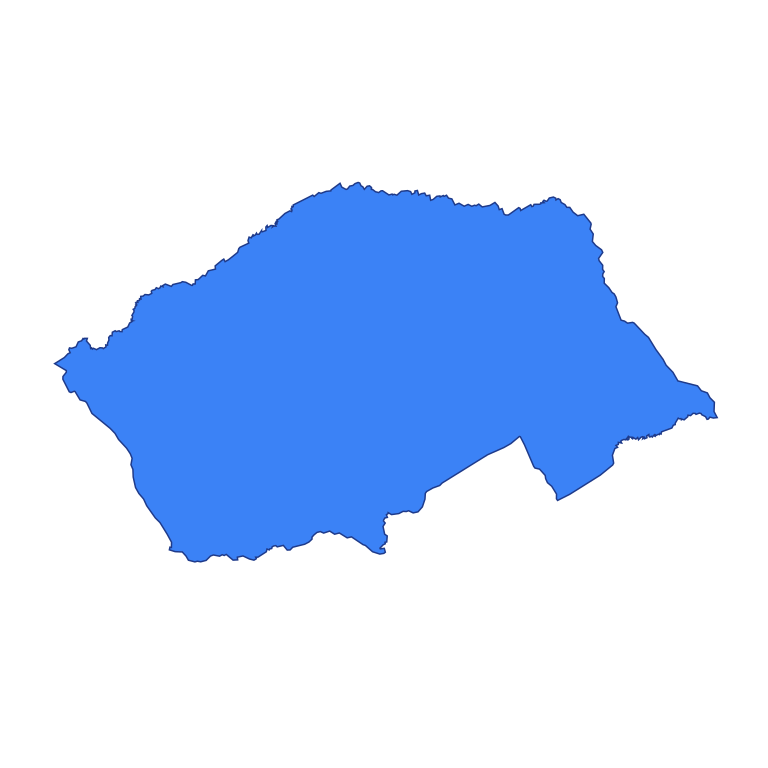 the district of Chai Buri, Surat Thani, Thailand, rotated 149°
{"feature_id": "78962969B57683949209589", "entity_name": "Chai Buri", "entity_type": "district", "adm_level": 2, "iso_a3": "THA", "parent_name": "Thailand", "parent_adm1": "Surat Thani", "projection": "orthographic", "projection_center": [99.067, 8.459], "detail": "fine", "context": "isolated", "style": "filled", "palette": "blue", "viewbox_px": 768, "rotation_deg": 149, "n_neighbors": 0, "source": "geoboundaries", "source_scale": "gbopen_adm2", "svg_char_len": 6171}
<svg xmlns="http://www.w3.org/2000/svg" viewBox="0 0 768 768"><g transform="rotate(149 384 384)"><path d="M655.8,571.1L649.4,559.1L650.3,557.7L655.3,555.8L656.8,553.5L657.8,539.4L656.7,537.9L653.2,537.3L652.7,536.6L652.7,526.9L648.9,522.8L648.5,520.6L649.5,509.2L641.6,487.1L640.0,480.2L640.1,473.1L637.7,461.6L637.4,454.9L638.2,450.0L642.5,445.1L643.2,440.1L646.9,433.4L650.3,423.2L650.5,416.4L649.3,409.2L650.1,401.9L649.0,387.0L647.4,380.7L647.2,366.9L647.6,357.8L650.4,353.4L651.5,354.4L653.4,352.4L649.4,347.9L643.4,343.9L642.3,338.4L642.4,333.7L637.7,328.9L635.2,328.2L632.7,326.0L627.3,324.4L621.3,325.9L618.3,325.3L613.6,321.1L610.6,321.0L609.3,319.3L607.0,319.2L604.1,310.8L600.0,308.6L598.9,311.1L593.4,309.2L589.4,303.2L586.2,300.0L583.9,299.9L583.2,300.3L583.2,301.6L581.2,300.5L571.3,300.8L569.3,302.8L567.8,300.9L566.9,301.5L565.0,300.8L563.8,302.0L562.1,302.0L560.0,301.2L559.4,299.4L553.4,297.5L552.5,291.5L549.9,290.1L546.3,291.1L534.5,287.5L529.7,287.2L525.6,288.1L524.6,289.8L521.8,290.7L517.9,291.3L514.6,290.3L512.5,287.3L506.3,285.9L503.7,280.7L499.0,279.3L494.8,271.1L490.6,269.7L484.7,257.1L483.1,255.2L480.2,246.1L475.2,240.4L471.4,238.9L469.5,239.1L468.4,243.0L472.1,244.6L472.0,245.4L467.5,246.6L465.2,246.4L464.7,247.8L463.0,247.2L459.5,252.1L460.8,254.9L458.2,262.4L454.6,264.2L455.0,266.9L454.2,267.7L452.2,268.7L449.8,267.9L449.3,270.7L447.3,270.8L446.7,271.6L444.8,268.2L438.0,265.3L433.2,265.0L430.6,263.2L428.2,262.7L425.4,258.5L420.7,256.9L414.4,258.9L408.2,264.2L404.9,269.0L402.8,269.9L395.6,269.7L388.5,268.3L385.1,269.2L331.6,270.0L314.0,267.8L306.0,267.6L295.0,269.3L294.3,268.6L294.9,259.5L298.1,236.3L297.9,234.2L294.5,230.9L292.9,222.6L294.2,219.6L294.7,215.2L292.9,210.0L292.8,200.8L295.3,196.8L295.2,194.8L281.4,193.8L245.6,194.5L229.7,196.8L227.9,197.9L224.9,205.3L219.3,209.8L216.4,209.4L216.8,211.9L214.3,211.5L213.2,213.3L210.7,211.0L210.5,213.0L209.5,213.3L206.8,212.9L205.9,211.8L203.3,212.5L204.4,211.0L203.7,210.4L202.2,210.7L201.5,213.9L201.1,212.2L198.6,210.4L199.5,209.9L199.1,208.9L197.9,209.5L196.5,207.0L194.1,207.5L194.6,205.1L191.2,206.0L189.5,205.7L189.0,205.1L190.3,203.9L188.3,204.1L188.9,202.9L186.3,202.5L185.5,204.2L183.0,204.3L183.8,202.4L183.4,201.6L181.8,201.5L181.3,200.3L179.7,201.0L178.7,199.8L178.5,201.1L177.8,201.2L177.4,199.8L174.7,199.6L174.0,198.8L173.0,199.5L172.3,198.4L170.7,200.1L159.9,198.0L157.2,199.7L155.3,199.2L154.6,200.4L149.4,203.2L148.9,202.1L147.3,201.4L147.6,200.2L146.5,200.2L145.2,198.7L140.5,199.5L139.5,200.7L137.5,199.0L134.2,199.7L132.4,198.5L132.2,197.3L128.6,196.6L127.4,195.4L127.5,194.1L125.2,190.4L125.3,187.3L124.1,186.9L121.7,187.7L119.2,185.2L115.7,183.6L115.3,190.4L110.2,198.2L111.7,204.4L111.4,209.8L115.5,214.8L116.2,220.9L130.5,235.3L130.3,245.2L132.5,254.8L132.1,261.4L133.2,273.5L133.3,287.8L134.9,292.3L138.2,307.4L139.2,308.8L143.9,310.7L145.4,314.0L147.9,316.6L145.4,330.8L142.0,333.3L140.4,339.1L140.3,342.7L141.4,345.0L141.7,350.8L143.3,357.0L140.8,361.0L141.2,363.6L139.6,365.8L137.4,366.9L137.6,369.6L135.4,373.1L136.1,378.9L135.4,381.1L128.7,384.1L128.4,387.0L131.2,393.7L132.0,398.8L127.4,404.8L127.6,410.6L124.2,414.2L123.8,415.5L125.3,426.6L131.3,428.5L133.4,433.9L133.8,439.7L136.3,441.3L136.5,444.6L138.6,448.3L138.1,451.3L139.3,453.2L141.8,453.2L141.1,454.8L142.5,457.0L146.5,458.3L149.8,456.8L150.9,457.1L152.2,459.1L153.8,458.7L153.4,457.0L156.4,458.5L156.7,457.8L158.2,458.0L162.8,460.7L164.6,459.6L165.9,459.9L165.9,462.1L177.5,462.3L176.9,464.4L177.7,465.8L190.3,464.8L192.7,466.2L193.6,467.7L192.5,473.5L195.4,474.1L194.5,477.8L195.4,482.5L201.2,482.5L208.6,485.2L210.1,489.4L213.2,489.4L214.3,490.6L217.2,491.1L219.4,494.6L223.7,495.1L226.6,500.3L231.0,501.0L230.5,507.7L233.0,510.1L233.2,513.6L235.9,513.9L236.1,515.0L239.5,515.4L239.2,516.4L242.1,517.7L246.8,516.9L249.4,517.4L247.6,522.3L250.9,523.6L250.8,526.7L253.9,527.9L256.9,528.1L255.7,532.7L258.1,533.5L259.1,532.0L262.4,532.2L262.1,535.2L264.2,537.6L269.9,540.3L275.7,539.2L277.6,541.4L279.1,541.6L279.2,542.6L282.4,543.5L285.7,550.4L287.1,551.1L289.9,550.8L292.3,553.2L293.6,556.6L294.6,557.3L293.5,558.9L294.3,561.3L296.6,562.2L300.6,561.0L300.6,564.0L301.6,565.7L301.3,568.8L302.4,570.1L305.7,570.7L308.4,570.2L311.5,571.3L314.8,570.0L316.3,570.3L318.8,574.5L318.3,578.7L329.5,577.6L330.1,576.9L334.3,578.9L339.8,579.9L341.3,581.6L347.3,580.7L347.8,582.6L369.6,584.2L370.4,582.8L371.5,583.6L372.0,582.5L373.2,582.3L373.7,581.4L373.2,580.5L374.4,579.4L375.6,580.9L381.0,581.2L389.4,579.5L391.0,579.9L391.4,578.3L392.3,579.0L393.4,578.4L392.6,577.3L393.5,576.3L394.8,578.2L394.5,576.8L395.3,576.3L395.3,575.0L397.3,576.2L398.6,576.1L397.6,576.9L399.2,578.1L403.1,578.1L402.6,580.0L404.4,579.4L406.1,576.4L409.7,577.1L410.5,577.7L409.9,578.6L414.0,576.7L415.8,577.7L415.6,579.0L417.6,578.0L420.2,578.2L419.1,578.8L419.4,579.4L422.5,577.7L424.0,579.4L426.7,577.0L427.4,574.4L437.1,575.4L438.8,574.8L441.6,572.2L453.4,570.6L457.2,570.7L457.0,573.6L459.3,573.5L467.9,572.2L469.3,569.3L476.3,571.5L481.4,568.6L483.4,570.5L489.5,569.2L492.0,570.4L494.3,567.0L496.2,568.1L497.4,567.2L498.1,567.6L501.5,573.3L504.2,575.6L505.9,575.5L513.7,578.0L516.0,577.2L520.0,582.3L523.1,582.3L523.3,581.2L524.9,582.9L526.5,581.8L528.2,581.9L529.6,583.8L531.6,582.9L534.6,583.7L535.7,583.4L536.4,581.3L539.7,581.5L542.8,583.8L545.2,583.4L547.4,584.4L548.6,582.0L549.6,583.0L550.6,581.6L552.4,582.3L552.9,580.8L554.0,581.7L555.1,581.5L554.9,579.8L556.0,579.7L555.8,578.7L557.3,578.6L558.7,577.1L560.5,577.2L560.4,575.7L561.3,574.5L564.8,572.6L564.6,571.6L566.4,569.4L567.4,569.8L567.8,568.7L566.8,567.6L568.0,568.0L568.0,567.3L570.6,567.3L574.3,564.8L580.3,565.4L581.6,563.8L583.5,565.1L583.6,566.0L586.6,566.9L587.0,568.1L590.2,568.3L592.3,565.4L593.7,566.5L596.0,565.7L597.2,563.3L599.8,561.5L601.0,559.7L602.4,560.8L603.2,559.0L606.4,558.9L606.6,559.8L608.8,561.4L612.7,561.5L614.7,564.3L615.9,564.1L616.0,566.2L616.5,565.1L617.2,565.4L615.9,568.5L616.9,574.1L614.8,575.9L617.4,577.5L618.2,577.1L618.6,578.0L620.9,576.8L624.4,577.5L628.8,574.5L633.2,575.4L635.0,576.9L636.5,575.7L636.9,572.4L639.3,572.7L644.4,571.3L655.8,571.1Z" fill="#3b82f6" stroke="#1e3a8a" stroke-width="1.5"/></g></svg>